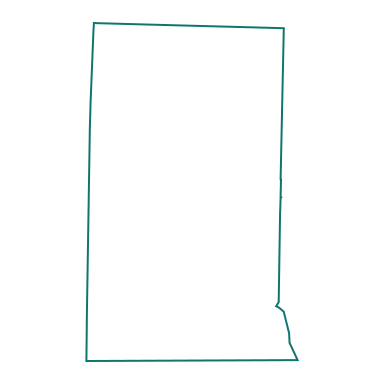 the district of Alamance, North Carolina, United States of America
{"feature_id": "52423323B75735385248620", "entity_name": "Alamance", "entity_type": "district", "adm_level": 2, "iso_a3": "USA", "parent_name": "United States of America", "parent_adm1": "North Carolina", "projection": "robinson", "projection_center": [-79.37, 36.046], "detail": "fine", "context": "isolated", "style": "outline", "palette": "teal", "viewbox_px": 384, "rotation_deg": 0, "n_neighbors": 0, "source": "geoboundaries", "source_scale": "gbopen_adm2", "svg_char_len": 514}
<svg xmlns="http://www.w3.org/2000/svg" viewBox="0 0 384 384"><path d="M86.4,361.0L297.6,360.1L289.5,342.7L289.5,342.2L289.5,341.9L289.5,341.7L289.1,333.2L283.7,311.6L278.7,307.4L276.2,306.2L278.7,302.1L280.1,211.6L280.2,210.9L280.6,197.5L281.2,197.3L280.6,196.2L281.0,179.5L280.6,179.4L283.8,28.2L228.4,26.7L208.9,26.2L201.5,26.0L98.3,23.2L93.9,23.0L93.9,23.9L93.5,29.9L90.5,104.4L90.4,109.0L89.8,130.0L89.8,130.6L86.9,313.9L86.8,321.9L86.8,324.6L86.4,361.0Z" fill="none" stroke="#0f766e" stroke-width="2"/></svg>